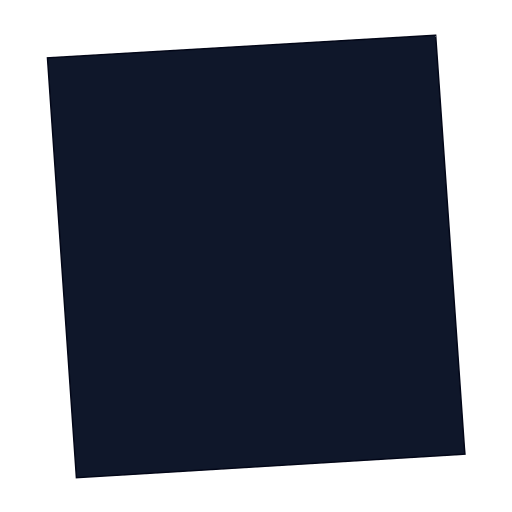 outline of Sherman, Nebraska, United States of America, rotated 86°
{"feature_id": "52423323B24565972155121", "entity_name": "Sherman", "entity_type": "district", "adm_level": 2, "iso_a3": "USA", "parent_name": "United States of America", "parent_adm1": "Nebraska", "projection": "robinson", "projection_center": [-98.9, 41.22], "detail": "fine", "context": "isolated", "style": "filled", "palette": "ink", "viewbox_px": 512, "rotation_deg": 86, "n_neighbors": 0, "source": "geoboundaries", "source_scale": "gbopen_adm2", "svg_char_len": 236}
<svg xmlns="http://www.w3.org/2000/svg" viewBox="0 0 512 512"><g transform="rotate(86 256 256)"><path d="M468.2,61.4L461.6,61.5L48.3,61.4L43.8,450.2L464.6,450.6L468.2,61.4Z" fill="#0f172a" stroke="#020617" stroke-width="1.5"/></g></svg>